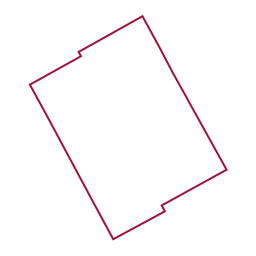 outline of Greene, Missouri, United States of America, rotated 240°
{"feature_id": "52423323B68605261841500", "entity_name": "Greene", "entity_type": "district", "adm_level": 2, "iso_a3": "USA", "parent_name": "United States of America", "parent_adm1": "Missouri", "projection": "orthographic", "projection_center": [-93.327, 37.258], "detail": "fine", "context": "isolated", "style": "outline", "palette": "rose", "viewbox_px": 256, "rotation_deg": 240, "n_neighbors": 0, "source": "geoboundaries", "source_scale": "gbopen_adm2", "svg_char_len": 381}
<svg xmlns="http://www.w3.org/2000/svg" viewBox="0 0 256 256"><g transform="rotate(240 128 128)"><path d="M39.1,59.6L37.4,118.3L44.1,118.5L42.6,192.5L89.6,193.3L113.2,193.7L133.9,194.1L142.8,194.2L153.6,194.4L182.9,195.6L217.6,196.4L218.4,137.3L218.6,123.3L213.7,123.2L214.6,64.7L179.7,63.9L157.7,63.2L98.0,61.3L39.1,59.6Z" fill="none" stroke="#9f1239" stroke-width="2"/></g></svg>